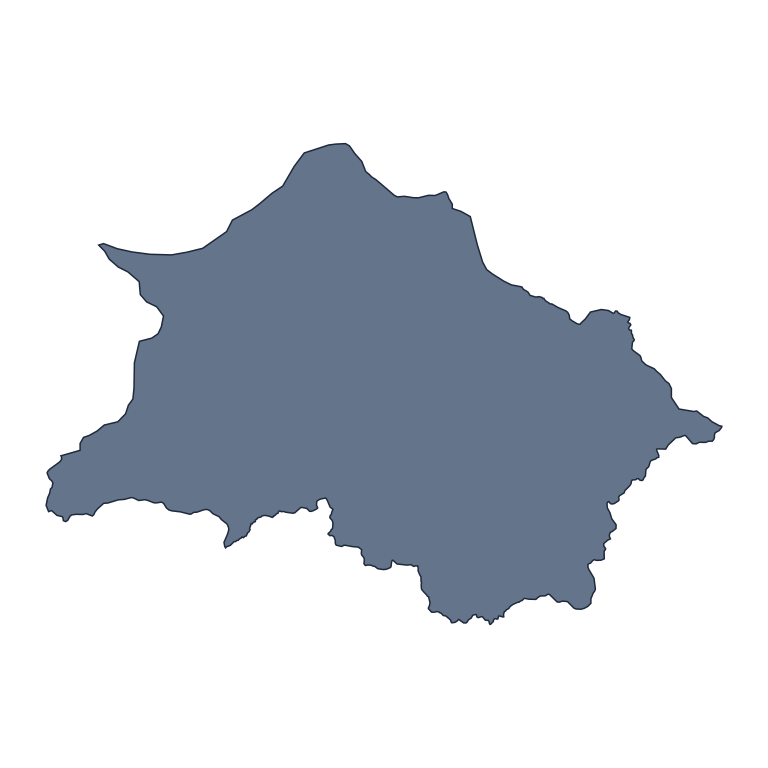 outline of Kuan, Houaphan, Laos
{"feature_id": "54806243B93999085545465", "entity_name": "Kuan", "entity_type": "district", "adm_level": 2, "iso_a3": "LAO", "parent_name": "Laos", "parent_adm1": "Houaphan", "projection": "robinson", "projection_center": [104.43, 19.795], "detail": "fine", "context": "isolated", "style": "filled", "palette": "slate", "viewbox_px": 768, "rotation_deg": 0, "n_neighbors": 0, "source": "geoboundaries", "source_scale": "gbopen_adm2", "svg_char_len": 6094}
<svg xmlns="http://www.w3.org/2000/svg" viewBox="0 0 768 768"><path d="M721.9,426.3L718.9,425.5L711.8,421.6L707.7,417.9L703.6,416.4L696.7,411.0L693.7,411.5L679.0,409.0L671.4,397.5L671.4,388.5L668.9,383.5L665.4,380.9L660.3,374.4L656.7,371.4L654.3,368.8L646.7,365.3L645.3,364.3L641.8,360.9L640.6,356.6L639.9,355.5L633.5,350.8L632.1,349.3L631.8,348.5L632.5,342.1L633.7,341.0L634.3,339.8L632.9,337.3L632.5,334.8L631.5,333.6L631.4,330.2L629.8,330.1L628.7,328.8L628.8,327.7L630.8,324.9L630.2,323.5L628.0,322.6L627.7,322.0L629.4,319.7L629.8,317.4L620.9,314.5L618.3,312.9L617.1,311.1L615.4,311.1L614.4,312.7L613.3,313.4L608.4,310.5L601.3,309.5L590.4,312.1L585.4,318.9L581.1,322.9L580.1,324.3L577.4,323.9L572.1,320.8L569.7,318.8L569.2,315.1L567.7,312.3L565.7,310.8L557.8,307.4L551.8,303.9L550.4,304.0L545.3,300.6L543.8,298.3L542.9,298.5L541.9,297.4L538.9,296.6L535.9,297.1L530.1,295.4L527.9,292.0L523.5,289.4L521.8,286.9L511.4,284.9L503.7,281.1L492.6,274.1L486.7,269.6L482.6,262.0L477.3,244.7L470.3,216.6L461.0,211.4L452.3,208.5L452.3,204.2L448.8,198.4L447.6,194.7L446.1,192.1L443.9,191.8L435.3,195.5L428.6,195.3L418.5,197.8L413.3,197.7L404.4,196.3L397.2,196.9L394.0,195.1L376.1,179.8L371.6,176.9L369.1,174.3L365.7,171.5L361.8,161.5L354.6,153.3L349.5,145.9L345.5,143.6L335.7,144.1L328.6,145.0L304.3,152.9L294.3,166.2L282.7,186.1L272.2,193.1L259.3,204.0L251.7,209.8L232.4,220.1L226.6,231.6L202.7,248.3L186.9,252.2L171.6,254.9L150.0,254.3L131.8,251.9L117.2,248.7L103.5,243.6L98.7,245.1L104.7,251.2L109.2,259.1L118.3,267.1L127.9,271.9L139.2,281.7L140.3,294.6L146.6,301.9L156.7,306.8L163.5,316.0L161.3,327.0L158.0,333.8L151.8,338.1L139.4,341.3L134.4,362.8L134.0,388.0L132.9,399.0L128.4,405.2L125.6,413.8L117.8,421.8L104.3,425.0L97.0,431.1L89.1,435.5L83.5,437.4L80.1,443.5L80.1,450.3L60.9,455.8L61.6,457.3L61.5,459.6L59.7,461.9L49.7,469.2L47.8,471.3L47.1,473.0L49.4,478.7L51.8,480.9L52.9,483.1L52.0,487.4L50.4,489.1L49.7,493.1L47.6,497.9L46.1,505.4L48.6,511.6L51.6,510.6L57.0,515.4L62.2,516.6L63.0,517.7L63.3,520.6L65.5,521.6L67.7,520.4L70.0,516.2L71.8,514.9L76.2,514.3L82.9,514.5L86.1,513.6L92.3,516.0L93.8,514.7L94.9,512.2L97.1,509.3L103.7,503.3L108.0,503.0L118.1,499.9L124.3,499.4L131.0,497.6L133.1,497.8L138.8,500.5L144.8,499.7L147.4,500.3L153.9,502.8L156.3,502.9L161.7,502.1L163.7,503.5L166.4,507.9L168.8,509.9L171.5,510.8L180.6,511.9L189.6,514.2L191.2,514.0L193.9,512.3L196.8,512.2L204.4,509.6L207.3,509.5L209.7,510.5L212.9,513.7L219.1,516.7L221.4,519.6L226.8,523.8L227.7,525.3L228.7,528.1L228.7,530.2L227.4,534.5L224.0,542.3L224.7,546.4L225.6,547.9L226.5,546.8L230.3,545.4L234.1,541.6L235.7,541.6L236.4,540.7L238.4,540.2L239.4,538.9L241.0,538.2L242.0,537.0L243.5,537.7L244.8,536.3L246.2,536.0L247.7,532.8L249.0,531.7L250.1,529.6L249.6,528.3L250.8,525.2L250.8,523.9L252.4,523.8L253.4,522.1L255.0,521.9L255.4,521.3L255.3,520.1L256.9,519.1L257.6,517.9L261.0,517.0L261.7,516.2L263.2,515.6L265.1,515.4L268.8,516.1L272.2,517.4L272.6,516.8L273.3,516.8L273.7,515.9L274.5,515.8L276.8,513.6L278.0,513.2L278.7,511.4L279.7,510.9L281.3,511.7L283.8,511.5L285.7,512.2L292.7,513.2L294.7,512.9L300.7,507.6L301.6,507.4L306.7,508.4L309.5,511.2L310.8,511.4L312.8,510.9L316.5,509.1L317.7,507.9L316.5,505.2L316.7,502.0L317.3,500.7L320.3,499.1L325.7,498.0L327.2,500.2L330.1,507.1L332.9,509.3L331.6,512.6L331.4,514.2L330.2,515.6L329.9,516.9L329.9,517.8L332.1,520.4L332.9,522.5L332.7,527.4L332.3,529.0L331.3,529.5L330.6,531.2L328.1,533.6L328.1,534.1L329.9,535.7L331.8,535.4L333.8,536.5L335.2,540.1L335.4,543.8L336.2,545.1L341.0,546.4L342.0,546.4L343.7,545.3L345.5,545.3L352.4,546.6L358.3,547.1L361.6,549.6L361.3,553.6L361.8,555.1L363.8,557.6L364.3,559.1L364.0,563.8L365.0,565.2L365.8,565.5L367.4,565.0L371.1,565.2L372.9,566.1L374.8,566.4L377.7,568.7L383.6,569.6L386.5,569.2L389.9,567.8L391.0,566.8L391.6,561.9L392.2,560.4L392.9,560.2L397.0,564.0L407.0,565.1L411.0,564.7L413.6,566.4L415.4,565.9L417.6,565.9L418.2,568.0L418.1,570.8L419.4,574.1L421.0,577.0L421.0,581.3L421.5,582.2L421.2,584.8L421.4,588.4L421.9,589.7L424.1,592.3L426.9,595.2L427.2,596.0L428.6,596.9L430.0,602.7L429.5,605.5L428.4,607.8L428.4,608.7L431.6,612.2L434.6,612.2L437.0,611.5L439.1,612.1L440.1,613.0L441.2,613.2L443.2,615.5L445.7,615.9L450.5,619.9L451.2,622.2L451.8,622.8L454.9,622.4L457.1,621.1L458.6,619.4L463.6,622.9L465.8,623.0L466.8,622.4L468.5,619.8L471.3,618.0L472.5,615.6L473.3,615.0L476.0,614.5L476.5,615.0L476.7,616.4L477.3,617.3L478.6,617.6L481.4,616.6L482.5,616.8L485.3,620.2L488.2,620.4L488.9,621.1L489.4,623.4L489.9,624.3L490.5,624.4L493.4,621.4L493.5,620.1L494.3,619.0L495.2,618.6L496.7,619.1L497.9,618.9L498.6,616.1L499.6,616.0L503.0,617.0L503.8,616.8L503.5,614.6L504.3,611.7L505.6,611.0L506.2,609.9L508.7,608.6L510.1,606.5L513.0,604.4L517.7,602.3L519.3,602.1L520.2,601.2L522.1,600.5L523.6,598.9L524.6,598.4L529.0,599.2L535.9,599.4L538.0,597.4L540.4,596.0L545.4,595.8L547.8,594.3L548.8,594.2L549.6,594.6L557.2,602.0L559.4,602.1L562.6,601.1L567.5,601.6L573.9,608.1L576.0,609.0L581.0,609.2L584.1,608.4L587.8,606.4L590.9,603.3L590.9,598.8L593.3,592.8L594.6,591.3L595.4,589.0L594.0,578.2L588.7,569.2L588.0,567.3L588.0,564.5L588.4,563.9L590.5,563.1L592.8,560.5L594.2,559.7L596.5,560.4L601.0,560.2L604.3,558.8L604.1,551.8L604.4,550.7L605.4,549.7L605.6,548.5L603.8,546.1L603.8,543.5L607.8,540.1L610.4,538.9L609.3,536.2L609.6,533.8L610.5,532.3L612.2,531.5L616.0,528.5L616.1,524.7L611.7,518.7L610.0,512.9L607.3,507.8L607.0,503.1L607.6,502.2L608.7,501.6L610.6,503.7L612.2,504.0L614.2,503.6L618.7,500.7L619.0,499.9L618.7,497.0L619.5,495.7L624.2,492.8L624.8,490.7L629.7,485.8L631.0,483.8L631.6,480.7L632.3,480.0L635.7,479.7L637.0,478.7L638.6,478.7L639.8,480.1L641.4,480.5L642.4,480.4L643.1,479.8L644.1,477.6L645.4,476.1L646.0,469.4L648.7,466.7L650.3,461.5L651.4,460.4L655.8,458.9L656.7,457.8L658.7,457.3L658.8,455.5L656.6,450.0L656.6,449.4L657.0,448.9L665.7,449.1L668.2,445.0L675.8,437.8L679.7,437.3L684.3,435.5L685.4,435.5L686.5,436.6L692.5,443.6L696.1,443.9L699.3,442.3L705.6,442.4L708.7,441.2L712.3,441.2L713.7,439.5L714.4,437.7L714.4,435.1L715.2,432.7L719.1,430.6L721.4,427.7L721.9,426.3Z" fill="#64748b" stroke="#1e293b" stroke-width="1.5"/></svg>